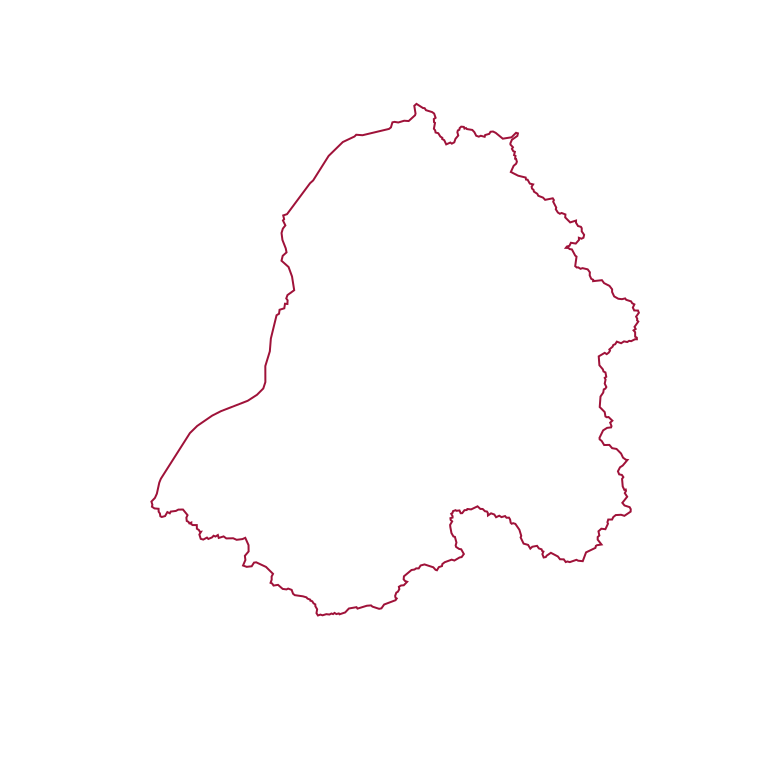 outline of Nhot Ou, Phôngsali, Laos, rotated 156°
{"feature_id": "54806243B80696563132814", "entity_name": "Nhot Ou", "entity_type": "district", "adm_level": 2, "iso_a3": "LAO", "parent_name": "Laos", "parent_adm1": "Phôngsali", "projection": "mercator", "projection_center": [101.816, 22.196], "detail": "fine", "context": "isolated", "style": "outline", "palette": "rose", "viewbox_px": 768, "rotation_deg": 156, "n_neighbors": 0, "source": "geoboundaries", "source_scale": "gbopen_adm2", "svg_char_len": 6166}
<svg xmlns="http://www.w3.org/2000/svg" viewBox="0 0 768 768"><g transform="rotate(156 384 384)"><path d="M407.5,579.0L408.2,575.2L409.8,574.5L409.6,569.0L413.2,567.1L416.2,563.6L418.2,556.9L418.6,547.9L419.5,543.9L424.4,542.3L427.5,538.3L423.6,529.7L424.3,519.6L427.9,506.2L436.0,504.5L438.5,501.9L438.0,499.7L439.7,496.4L441.8,497.6L444.3,493.7L449.2,494.3L451.3,490.9L454.2,490.5L468.9,471.5L475.0,460.3L485.1,448.7L491.6,434.0L496.1,429.0L504.4,425.8L515.3,424.1L543.9,425.5L553.8,425.0L571.6,421.7L581.3,418.1L626.4,388.2L629.4,385.3L636.1,376.2L639.6,373.1L644.3,371.2L644.7,367.9L645.9,366.3L644.3,363.7L640.7,361.7L641.8,359.0L641.4,356.9L642.1,354.1L641.1,352.9L637.7,352.4L634.0,355.1L632.3,353.0L630.7,354.2L625.8,352.7L623.0,352.9L618.7,351.1L616.8,344.1L618.9,342.3L619.9,339.1L618.7,337.6L618.5,335.8L616.4,335.8L617.1,334.3L616.2,333.0L612.4,331.3L613.8,327.9L612.5,325.9L612.3,323.7L611.3,323.4L613.9,321.6L614.4,317.1L612.4,315.4L608.2,315.7L607.5,313.9L603.5,313.8L601.4,314.7L600.0,313.2L597.2,313.6L597.6,310.6L592.5,310.0L590.9,307.1L584.5,304.4L582.0,301.6L576.4,299.9L573.3,299.9L573.3,291.9L575.8,286.1L581.0,283.6L582.2,279.6L586.6,275.5L583.8,272.8L579.0,271.3L575.4,273.7L573.3,273.1L566.2,264.9L562.6,255.7L565.0,253.8L566.2,250.9L568.5,248.5L567.3,247.2L566.9,244.8L562.5,243.6L559.9,238.0L556.6,236.0L554.8,236.1L552.1,233.5L552.4,229.4L551.4,227.4L544.4,223.0L541.6,220.6L541.2,219.1L539.1,217.0L539.4,216.0L537.9,214.7L537.6,212.3L536.4,210.6L537.1,208.9L536.7,205.4L538.9,202.1L538.5,199.4L535.9,199.2L534.2,197.7L530.3,197.2L527.6,195.6L525.4,195.7L524.1,194.5L522.3,195.0L521.1,193.2L518.6,192.8L518.3,191.7L512.4,191.1L507.4,193.2L499.9,191.3L499.6,189.6L489.8,188.4L485.9,187.0L485.1,185.3L479.9,180.6L477.6,180.1L473.6,182.5L461.4,181.8L459.6,182.9L460.4,184.1L460.0,185.9L457.6,188.4L455.8,188.6L453.4,190.4L452.9,192.7L450.4,193.0L447.8,192.1L443.3,193.9L444.9,195.5L445.5,197.6L444.0,200.2L434.5,202.9L431.6,202.1L429.6,202.5L427.3,201.4L424.4,203.3L420.4,202.7L413.5,196.5L412.5,193.3L411.4,192.3L408.4,194.4L405.1,194.1L403.9,195.8L401.0,196.5L393.6,196.0L391.5,194.1L385.5,194.8L383.5,194.3L380.2,196.2L380.7,201.6L382.4,202.7L384.4,205.8L384.2,207.4L382.3,209.7L381.4,215.5L382.6,216.5L383.0,220.4L381.6,226.3L380.9,228.4L377.6,230.8L378.4,232.7L377.9,234.4L375.7,234.1L375.1,235.4L375.4,238.1L373.8,238.4L372.6,239.8L369.9,239.6L369.4,238.7L366.5,237.8L366.5,234.8L365.1,234.2L361.8,236.0L359.7,235.2L358.7,235.9L355.4,234.0L348.3,234.2L346.8,230.7L344.7,229.7L343.5,226.7L341.8,225.6L341.6,224.0L342.5,221.6L338.8,222.3L336.3,219.9L335.8,216.7L332.3,216.8L330.8,214.6L327.1,214.1L326.5,212.0L324.2,211.1L323.9,209.0L324.7,205.7L324.2,204.4L322.6,204.3L320.9,202.8L319.6,195.8L320.4,189.4L321.6,188.3L321.4,181.4L317.8,178.4L317.3,174.1L314.7,175.0L310.0,173.9L309.4,170.8L307.3,168.9L307.4,167.1L306.5,166.1L308.5,164.2L308.7,160.6L306.6,160.1L305.2,161.0L300.2,161.9L295.3,155.7L294.5,152.3L291.1,150.7L290.4,147.4L288.7,147.3L286.7,145.7L279.7,145.1L278.5,143.6L274.5,141.3L267.9,148.0L257.5,148.3L256.3,149.9L255.0,150.1L250.6,148.9L252.1,154.9L251.0,157.3L248.9,158.0L248.0,162.2L244.3,163.4L240.8,161.3L236.2,165.3L236.1,166.9L234.5,168.7L235.0,169.3L230.8,167.4L228.6,169.2L225.6,170.0L220.6,168.1L218.0,165.8L210.6,167.1L209.5,169.3L209.7,171.6L213.7,175.2L214.6,178.5L207.7,182.1L208.4,186.4L206.4,187.9L206.1,189.3L207.5,189.5L207.6,193.3L205.1,200.5L203.2,201.6L203.7,204.2L205.9,205.8L205.8,209.1L202.3,211.9L199.1,212.4L192.5,215.6L193.8,216.4L195.6,219.5L195.7,224.0L198.0,230.1L201.7,232.6L202.9,236.7L207.7,238.7L208.3,243.4L209.5,245.7L209.0,247.2L202.7,252.5L198.0,253.2L194.2,252.0L193.3,253.0L193.1,256.7L190.3,257.6L192.3,262.5L194.0,263.0L194.9,264.3L193.8,268.6L196.3,275.2L191.3,284.5L187.2,287.0L185.4,289.7L183.7,289.7L182.1,290.8L182.2,294.6L179.8,297.9L179.9,299.8L178.0,300.2L177.0,304.5L178.4,306.2L178.1,308.3L179.6,313.5L176.6,321.9L169.7,322.7L168.4,320.7L165.8,321.3L164.0,322.5L164.1,323.9L160.0,325.1L158.6,326.4L156.6,326.3L154.1,328.0L150.8,324.8L147.4,325.3L144.7,323.4L142.4,323.7L140.8,322.6L136.6,322.8L134.8,322.0L134.2,323.5L135.3,325.1L133.5,329.2L134.2,331.5L131.7,331.9L131.9,334.3L126.3,337.6L126.9,339.3L126.1,340.6L126.3,343.0L122.2,345.4L122.1,347.8L125.5,349.4L125.6,352.6L122.9,354.9L124.4,356.8L124.7,359.0L128.5,362.4L128.9,364.1L132.1,364.7L135.3,366.6L138.1,370.4L138.2,375.3L137.1,377.7L138.1,381.9L141.9,386.6L142.7,390.2L151.1,392.9L150.5,394.1L151.9,395.8L151.9,399.6L150.5,402.3L151.3,405.9L155.5,409.1L157.6,409.3L159.2,411.6L160.5,412.0L161.4,413.9L156.3,422.1L157.1,423.5L157.6,430.5L159.6,431.8L160.1,433.2L162.5,434.4L161.0,435.2L158.4,434.8L155.8,437.0L151.7,434.3L147.3,436.3L146.5,438.3L144.5,436.4L142.3,436.5L140.5,438.9L141.3,443.0L140.0,445.9L140.2,447.5L142.5,449.4L143.0,453.3L142.1,455.2L148.2,455.9L150.7,462.5L149.3,465.1L152.2,468.0L154.1,468.0L155.4,469.9L156.0,473.8L154.9,475.1L155.3,481.7L154.0,482.9L154.3,485.0L161.9,486.7L162.9,489.6L166.5,493.2L166.6,495.4L168.8,498.8L168.4,500.5L169.3,502.3L168.9,504.2L166.6,505.7L169.3,507.8L169.7,512.2L171.1,513.0L170.6,515.0L176.7,519.7L181.9,526.1L176.8,530.6L173.7,531.5L172.2,533.0L171.8,535.9L172.6,536.5L171.1,538.9L172.1,540.2L170.0,542.9L171.2,544.1L171.5,546.8L169.9,547.8L171.1,551.3L170.6,552.5L167.8,555.1L161.3,556.4L159.7,558.5L161.2,559.8L167.1,557.5L175.7,559.8L179.8,568.0L181.7,570.3L184.1,571.1L186.1,569.7L190.3,570.3L191.5,568.9L194.6,571.4L196.8,571.4L198.8,573.3L199.0,577.3L200.0,580.2L204.6,583.2L205.0,584.5L206.6,584.6L206.5,586.4L208.8,587.7L210.8,587.0L211.8,585.6L213.4,585.6L214.6,584.1L215.1,580.8L219.0,578.9L221.5,576.2L224.3,576.0L225.2,577.6L229.7,577.6L229.8,582.2L231.2,584.2L230.6,585.2L231.9,587.2L232.4,591.0L234.6,592.8L234.1,594.9L234.6,596.9L231.2,601.8L231.8,602.9L230.7,605.8L228.6,606.2L228.2,610.7L229.4,612.8L234.3,617.1L234.7,619.5L236.1,620.2L240.4,626.7L243.2,625.8L245.2,618.2L246.3,616.9L254.5,614.2L258.5,616.3L264.6,617.1L267.8,619.2L269.9,619.6L273.3,615.6L275.7,615.0L302.4,620.0L308.0,623.0L310.3,622.1L323.2,621.8L341.8,614.9L365.9,598.8L369.9,597.5L403.5,578.6L407.5,579.0Z" fill="none" stroke="#9f1239" stroke-width="2"/></g></svg>